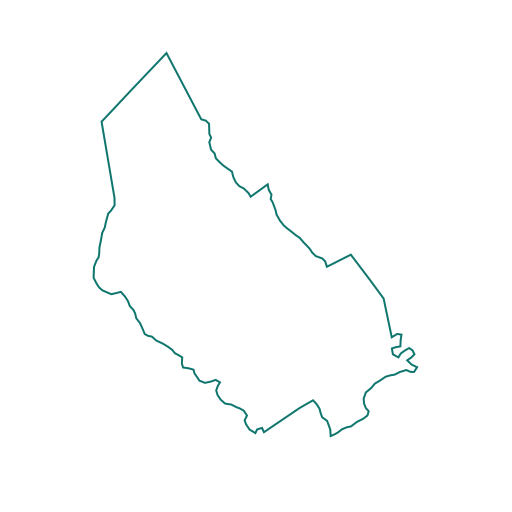 Milagres, Bahia, Brazil, rotated 16°
{"feature_id": "56859067B28401413745229", "entity_name": "Milagres", "entity_type": "district", "adm_level": 2, "iso_a3": "BRA", "parent_name": "Brazil", "parent_adm1": "Bahia", "projection": "mercator", "projection_center": [-39.773, -12.883], "detail": "fine", "context": "isolated", "style": "outline", "palette": "teal", "viewbox_px": 512, "rotation_deg": 16, "n_neighbors": 0, "source": "geoboundaries", "source_scale": "gbopen_adm2", "svg_char_len": 2177}
<svg xmlns="http://www.w3.org/2000/svg" viewBox="0 0 512 512"><g transform="rotate(16 256 256)"><path d="M441.5,318.5L435.5,317.5L430.1,314.6L433.3,310.7L435.4,306.8L432.4,303.5L428.6,302.3L425.0,306.0L422.0,309.9L420.8,314.2L414.7,312.8L412.1,307.4L415.7,305.0L419.7,303.1L418.2,296.8L417.5,291.5L413.2,292.0L408.9,296.7L390.4,261.7L372.4,247.8L346.8,228.6L327.1,246.8L324.0,242.1L320.4,240.1L313.5,239.6L309.2,237.3L305.3,234.0L298.2,229.9L292.8,226.4L289.0,225.2L285.4,223.7L278.7,221.0L274.3,219.0L269.2,215.3L264.4,210.6L262.2,206.6L257.2,199.8L254.4,197.2L254.0,192.8L250.0,188.9L247.5,183.9L234.5,200.5L231.5,197.6L225.5,194.4L220.8,193.5L216.6,191.0L212.8,186.9L209.6,181.5L204.3,179.7L199.5,178.0L195.5,176.0L190.5,173.2L188.0,168.9L183.5,166.2L179.7,159.4L180.3,154.7L177.5,151.5L176.1,147.1L174.4,141.8L170.4,139.7L165.7,139.7L114.0,85.6L89.8,132.0L73.3,164.2L70.5,169.4L103.9,239.0L106.1,246.2L104.1,252.4L102.3,255.9L102.3,260.9L102.4,265.6L102.8,270.2L101.8,276.3L102.6,283.5L103.2,291.1L104.5,296.5L105.1,300.4L103.9,304.6L103.3,311.1L104.6,316.5L105.9,321.7L110.3,326.4L113.9,329.5L117.6,331.3L122.6,332.0L127.4,332.6L131.3,330.5L136.0,327.7L141.4,331.2L145.4,334.7L148.5,338.9L153.3,341.8L155.7,344.6L158.1,348.9L162.9,352.4L166.1,356.1L170.6,361.7L174.2,362.5L178.2,362.2L183.5,364.8L190.1,365.8L196.1,367.4L201.3,369.3L204.9,371.8L208.8,372.6L213.0,373.8L214.4,379.8L216.6,383.3L222.2,382.5L227.3,382.5L229.2,385.8L233.1,388.9L235.9,391.4L241.9,392.0L247.0,389.3L251.4,386.2L256.2,387.4L255.1,391.6L254.8,396.2L257.4,400.3L261.6,403.8L267.0,406.4L273.3,405.6L278.7,406.7L282.5,407.0L286.9,408.1L291.3,411.8L290.4,417.1L292.6,420.3L297.6,424.6L304.2,426.4L304.9,422.4L309.2,419.6L312.2,423.2L339.9,390.0L350.6,379.0L354.8,381.5L359.1,385.2L361.5,389.3L364.1,392.8L369.8,394.9L372.8,399.0L375.2,402.3L377.4,408.5L380.4,406.0L383.2,403.3L386.5,398.8L390.4,395.7L394.2,393.7L398.8,387.6L403.9,382.9L407.1,378.6L407.1,374.2L403.4,371.8L400.5,368.0L398.8,363.3L399.2,356.9L403.1,351.2L405.5,345.8L409.3,341.8L413.9,336.3L418.2,333.6L422.0,331.8L426.2,327.9L431.9,324.2L436.3,324.8L439.9,323.9L441.5,318.5Z" fill="none" stroke="#0f766e" stroke-width="2"/></g></svg>